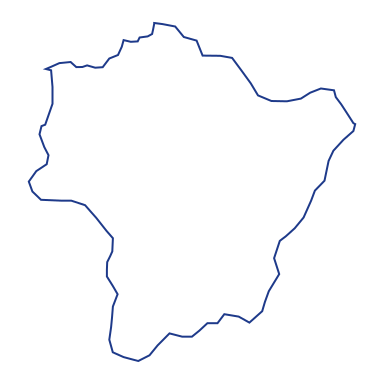 outline of Koilani, Limassol, Cyprus
{"feature_id": "46923920B88504120231715", "entity_name": "Koilani", "entity_type": "district", "adm_level": 2, "iso_a3": "CYP", "parent_name": "Cyprus", "parent_adm1": "Limassol", "projection": "orthographic", "projection_center": [32.853, 34.839], "detail": "fine", "context": "isolated", "style": "outline", "palette": "blue", "viewbox_px": 384, "rotation_deg": 0, "n_neighbors": 0, "source": "geoboundaries", "source_scale": "gbopen_adm2", "svg_char_len": 1334}
<svg xmlns="http://www.w3.org/2000/svg" viewBox="0 0 384 384"><path d="M41.5,126.1L39.5,134.3L44.3,147.1L48.5,155.2L46.7,164.2L36.3,171.1L28.8,181.6L32.4,191.5L41.0,199.8L62.2,200.7L71.4,200.7L85.1,205.2L91.4,212.4L96.2,217.8L106.6,231.0L112.9,238.2L112.3,251.4L110.2,256.1L107.2,262.1L106.9,269.6L106.9,276.5L112.9,286.1L117.6,294.2L112.9,306.5L112.0,317.8L111.1,327.1L109.3,339.7L112.8,352.3L123.6,357.1L138.2,361.0L142.0,359.1L149.5,355.3L157.6,345.4L169.5,333.4L182.3,336.7L191.9,336.7L199.3,330.7L207.4,323.2L217.5,323.2L224.3,314.2L238.7,316.6L249.4,322.6L262.2,311.2L264.9,302.0L268.8,291.2L279.2,274.1L274.1,258.2L279.8,240.9L282.5,238.8L285.7,236.4L294.7,228.3L303.6,217.5L311.1,200.7L314.9,190.6L324.5,180.7L328.6,160.9L333.4,150.7L343.5,139.7L353.4,131.0L355.2,124.1L353.4,123.2L348.6,115.7L341.2,104.3L335.8,97.1L334.0,90.3L320.9,88.5L310.2,92.7L300.9,98.6L286.9,101.3L271.4,101.0L258.0,95.4L250.8,83.4L241.0,69.9L232.1,57.9L220.2,55.8L202.6,55.6L196.6,40.6L183.8,37.0L175.2,26.5L162.6,24.1L154.2,23.0L154.2,23.8L153.1,29.5L152.1,34.0L147.7,36.4L139.6,37.5L137.7,41.4L130.8,41.8L123.6,40.1L121.8,46.7L118.0,55.0L109.3,58.5L102.7,67.2L95.2,67.7L87.1,65.4L82.4,67.0L76.3,67.1L70.6,62.0L59.4,63.1L51.1,66.8L45.9,69.0L51.1,70.3L52.5,87.0L52.5,103.8L45.2,124.7L41.5,126.1Z" fill="none" stroke="#1e3a8a" stroke-width="2"/></svg>